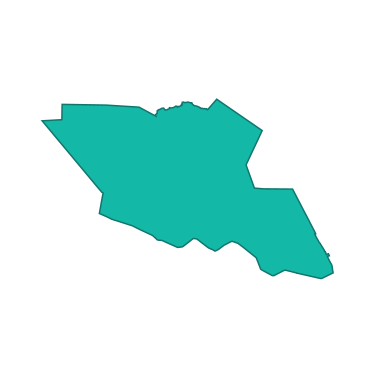 Praxedis G. Guerrero, Chihuahua, Mexico, rotated 149°
{"feature_id": "50627088B15467303172714", "entity_name": "Praxedis G. Guerrero", "entity_type": "district", "adm_level": 2, "iso_a3": "MEX", "parent_name": "Mexico", "parent_adm1": "Chihuahua", "projection": "natural_earth1", "projection_center": [-105.952, 31.249], "detail": "fine", "context": "isolated", "style": "filled", "palette": "teal", "viewbox_px": 384, "rotation_deg": 149, "n_neighbors": 0, "source": "geoboundaries", "source_scale": "gbopen_adm2", "svg_char_len": 4554}
<svg xmlns="http://www.w3.org/2000/svg" viewBox="0 0 384 384"><g transform="rotate(149 192 192)"><path d="M282.5,221.3L278.1,215.1L276.5,212.7L275.0,210.2L260.3,193.5L259.7,192.5L258.6,190.7L255.8,186.3L248.3,175.2L247.9,174.1L247.5,172.8L246.8,170.3L246.5,169.1L245.8,168.2L244.4,167.1L243.8,166.7L242.9,166.2L242.5,165.7L242.0,165.0L239.7,161.6L238.7,160.3L238.3,159.6L234.9,154.8L232.9,151.9L232.5,151.7L228.9,150.1L228.2,149.9L227.8,149.9L227.3,150.0L224.3,150.3L220.2,150.8L217.3,151.2L215.7,151.4L215.2,151.4L214.5,151.3L212.3,149.5L211.8,148.7L210.7,146.0L210.7,145.8L206.8,135.9L206.4,135.2L204.2,132.1L203.6,131.4L203.2,130.2L202.9,129.7L202.3,129.4L199.6,129.2L199.0,129.1L191.8,129.9L191.0,129.8L184.6,129.4L183.7,129.3L182.9,128.9L182.4,128.4L180.1,125.6L178.8,124.0L178.6,123.2L176.8,118.8L171.0,103.1L170.8,102.2L171.1,100.9L172.6,92.0L172.9,90.8L172.5,89.5L166.3,79.1L165.7,78.6L164.8,78.1L154.2,77.4L152.9,77.2L151.9,76.6L144.4,69.1L144.3,68.7L143.5,68.1L133.0,58.0L128.5,53.7L126.3,51.6L125.2,51.1L124.2,51.0L122.0,50.8L112.7,50.0L112.2,51.2L112.1,51.6L111.4,53.3L110.7,54.9L109.9,57.0L109.8,57.6L109.7,58.6L109.7,59.2L109.7,60.1L109.6,62.1L109.6,62.8L109.1,67.2L108.6,66.9L107.8,66.8L107.1,66.6L106.9,68.8L107.2,68.9L107.7,69.0L108.0,69.1L108.3,69.1L108.6,69.2L109.0,69.3L109.0,69.6L109.0,70.0L108.8,71.0L108.6,71.1L108.5,71.9L108.4,72.3L108.9,72.7L108.6,74.2L108.6,75.0L108.6,75.9L108.7,81.2L108.6,81.4L108.6,81.8L108.7,82.2L108.9,82.9L108.9,83.4L108.8,85.8L108.8,87.2L108.8,88.7L108.5,92.1L108.4,92.6L108.4,92.8L107.5,92.5L107.4,93.7L107.2,95.4L107.1,97.2L107.1,97.9L107.1,98.1L106.8,102.4L106.7,104.1L106.4,108.5L106.2,111.5L105.9,117.2L104.3,142.7L129.0,157.8L136.5,163.2L131.7,187.4L100.2,208.5L121.4,255.2L123.0,258.8L136.2,254.5L136.6,254.8L136.5,255.4L136.5,255.6L136.7,255.9L136.8,256.0L137.1,256.0L137.4,256.1L137.6,256.3L137.8,256.5L137.9,256.8L138.1,256.9L138.3,257.0L138.7,257.0L139.0,257.3L139.4,257.5L139.7,258.1L140.0,258.4L140.2,258.5L140.5,258.7L140.8,258.7L141.0,258.7L141.2,258.8L141.4,259.1L141.4,259.4L141.4,259.7L141.5,260.0L142.0,260.3L142.1,260.5L142.1,261.1L142.3,261.4L142.6,261.6L142.8,261.9L143.1,262.3L143.3,262.7L143.5,263.0L144.0,263.4L144.2,263.6L144.3,263.8L144.9,264.2L145.1,264.4L145.2,264.5L145.4,264.7L145.9,265.6L145.9,265.8L146.1,265.9L146.2,266.2L146.3,266.3L146.3,266.5L146.5,267.2L146.3,267.8L146.2,268.1L146.2,268.4L146.2,268.6L146.3,268.7L146.5,268.8L146.7,268.7L146.9,268.6L147.0,268.6L147.2,269.0L147.3,269.3L147.7,269.6L147.9,269.9L148.1,270.0L148.3,270.3L148.5,270.6L148.9,270.9L149.4,271.3L150.2,271.5L150.9,271.9L151.4,272.0L151.8,272.1L152.0,272.3L152.4,272.7L152.6,272.8L152.7,273.0L153.0,273.5L153.4,273.6L153.7,273.6L153.9,273.7L154.1,273.9L154.4,273.6L154.5,273.5L154.6,273.3L154.6,273.2L154.8,273.2L155.0,273.1L155.2,272.9L155.1,272.7L155.1,272.4L155.3,272.3L155.5,272.5L155.7,272.4L155.6,272.1L155.6,271.9L155.8,271.9L156.1,271.9L156.3,272.0L156.6,272.1L156.8,271.8L156.8,271.6L157.0,271.7L157.1,271.8L157.3,271.7L157.5,271.6L157.8,271.7L158.0,271.6L158.7,271.9L159.3,272.2L159.5,272.3L160.0,272.2L160.5,272.2L160.8,272.3L160.8,272.5L160.8,273.0L160.7,273.2L160.8,273.3L161.0,273.4L161.3,273.4L161.4,273.5L161.6,273.7L161.6,273.9L161.8,274.0L162.0,274.0L162.3,273.9L162.7,273.9L163.1,273.9L163.6,273.9L164.1,273.9L164.4,274.0L164.8,274.1L165.2,274.2L165.6,274.3L166.1,274.6L167.0,275.0L167.4,275.2L167.5,275.2L167.4,275.5L167.5,275.8L167.9,275.9L168.1,275.6L168.3,275.3L168.6,275.2L168.9,275.1L169.3,275.2L169.8,275.4L170.4,275.3L171.0,275.4L171.6,275.4L172.1,275.6L172.3,275.9L172.4,276.2L172.9,276.5L173.0,276.8L172.9,277.2L173.0,277.4L173.1,277.6L173.1,277.8L173.1,278.0L173.0,278.3L173.2,278.6L174.3,279.1L174.6,279.2L175.0,279.3L175.4,279.4L175.6,279.3L175.9,279.3L176.2,279.3L176.4,279.2L176.6,279.2L176.8,279.3L177.3,279.5L177.7,279.6L178.0,279.7L178.5,279.4L179.0,279.5L179.3,279.7L179.5,279.6L179.8,279.5L180.0,279.5L180.1,279.4L180.1,279.0L180.3,278.9L180.7,278.5L180.9,278.0L181.1,277.8L181.3,277.7L181.4,277.4L181.7,277.2L181.8,277.2L182.0,277.2L182.2,277.3L182.7,277.2L183.1,277.1L183.4,277.1L183.6,277.0L183.8,276.9L183.9,276.7L184.0,276.4L184.0,276.1L183.9,276.0L183.8,275.8L183.7,275.6L183.8,275.4L193.7,292.0L221.4,311.1L222.1,311.5L258.2,334.0L266.3,321.0L283.8,330.2L270.6,245.4L269.6,239.4L269.5,238.4L268.7,237.0L269.2,236.4L269.6,235.9L271.6,233.7L273.6,231.4L273.8,231.2L275.2,229.6L275.5,229.3L276.0,228.7L277.9,226.5L278.0,226.4L278.9,225.3L279.4,224.8L280.0,224.1L281.3,222.6L282.5,221.3Z" fill="#14b8a6" stroke="#0f766e" stroke-width="1.5"/></g></svg>